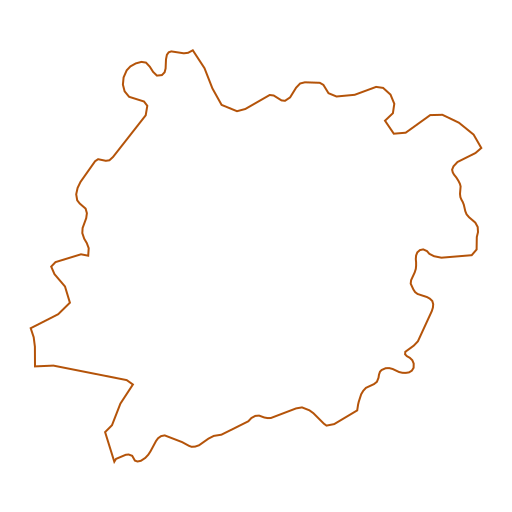 map outline of Lot-et-Garonne (Mercator projection)
{"feature_id": "FRA-5319", "entity_name": "Lot-et-Garonne", "entity_type": "Metropolitan department", "adm_level": 1, "iso_a3": "FRA", "parent_name": "France", "parent_adm1": "", "projection": "mercator", "projection_center": [0.533, 44.365], "detail": "fine", "context": "isolated", "style": "outline", "palette": "amber", "viewbox_px": 512, "rotation_deg": 0, "n_neighbors": 0, "source": "natural_earth", "source_scale": "10m", "svg_char_len": 2544}
<svg xmlns="http://www.w3.org/2000/svg" viewBox="0 0 512 512"><path d="M35.0,366.4L34.9,346.7L33.7,337.3L30.7,328.2L58.2,314.2L69.9,302.7L65.0,286.5L54.5,274.2L51.2,266.6L55.5,262.1L81.0,254.3L88.2,255.7L88.7,248.2L86.8,243.1L84.2,238.7L82.3,233.1L82.6,228.0L86.2,218.2L86.9,213.2L85.6,208.6L79.7,203.5L77.2,200.3L76.2,194.3L77.6,187.9L80.5,181.9L95.1,161.2L98.1,159.2L105.8,160.8L109.4,160.3L113.0,157.0L145.7,115.3L147.3,105.8L144.0,101.5L129.1,96.8L124.6,91.3L122.9,84.6L123.6,77.4L126.7,70.3L130.4,66.4L135.8,63.4L141.4,61.9L146.0,62.6L149.8,66.7L153.1,71.9L156.9,75.6L161.9,75.1L164.6,72.3L165.6,68.5L166.0,59.3L166.9,54.8L168.7,52.3L171.3,51.4L183.8,53.3L188.1,52.8L192.8,50.3L204.5,68.2L212.4,88.4L221.6,104.9L237.0,111.2L245.3,109.0L269.7,95.0L273.7,95.5L281.5,100.4L285.0,100.8L290.1,97.4L296.1,87.7L300.1,83.5L304.9,82.3L319.8,82.8L323.4,84.9L328.5,93.2L336.5,96.5L354.7,94.8L376.1,86.9L383.1,87.9L390.5,94.6L394.3,103.8L392.9,113.2L385.0,120.7L393.8,133.7L405.7,132.7L430.2,115.1L442.4,114.8L458.9,122.7L473.6,134.6L481.3,148.0L475.5,153.0L457.5,162.0L453.5,166.3L452.1,169.7L452.8,172.5L454.0,174.6L456.4,177.6L458.4,180.8L459.9,183.8L460.6,186.4L460.0,193.9L460.4,197.2L461.4,199.6L462.7,201.9L463.8,204.7L465.3,211.2L466.6,214.4L469.1,217.3L475.3,222.6L477.7,227.0L478.0,232.1L476.8,237.0L476.6,249.5L471.7,255.2L441.4,257.7L434.0,256.2L429.3,253.8L427.0,251.1L423.2,249.4L419.9,250.1L417.3,252.4L416.1,255.5L415.8,259.0L416.1,262.3L416.1,265.8L415.8,268.9L414.7,272.4L411.1,280.2L410.7,283.7L413.4,289.5L415.1,292.1L417.6,294.0L427.1,297.1L429.9,298.7L432.3,301.0L433.2,304.2L432.9,307.6L431.8,311.1L417.9,341.3L413.8,345.6L405.3,351.8L405.1,354.3L406.8,356.1L409.8,357.8L412.3,360.2L413.7,363.6L413.6,367.8L411.8,370.7L409.0,372.4L405.7,372.9L402.4,372.8L399.0,372.0L392.7,369.0L389.3,368.1L385.7,368.2L381.6,370.0L380.0,371.7L379.0,374.6L378.5,377.8L376.9,381.8L374.0,384.1L366.0,387.8L363.3,390.7L361.2,394.2L358.8,401.6L358.1,404.5L357.2,410.4L334.2,424.1L326.5,425.6L323.9,423.7L313.4,413.2L309.4,410.3L302.0,407.4L296.1,408.4L270.9,418.0L267.7,418.1L264.3,417.5L259.1,415.6L255.3,415.9L251.4,418.0L248.3,421.3L221.4,434.7L213.8,435.9L208.5,438.6L199.0,445.3L195.1,446.6L191.6,446.8L189.1,445.9L182.1,442.1L164.7,435.4L161.1,436.1L158.1,438.2L156.1,440.9L150.5,451.3L148.3,454.7L145.3,457.9L140.9,460.8L137.5,461.5L134.9,460.6L132.2,455.8L128.6,454.5L125.7,454.8L116.0,458.9L114.3,461.7L105.1,432.1L112.0,425.2L120.4,403.6L132.9,384.5L126.7,380.1L53.4,365.6L35.0,366.4Z" fill="none" stroke="#b45309" stroke-width="2"/></svg>